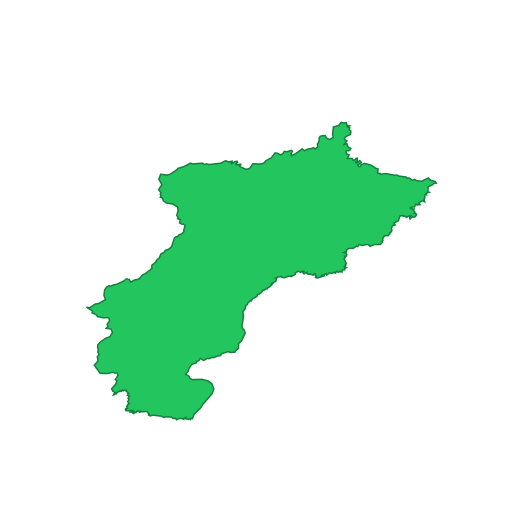 the district of Yacopí, Cundinamarca, Colombia, rotated 63°
{"feature_id": "7082276B73695765304920", "entity_name": "Yacopí", "entity_type": "district", "adm_level": 2, "iso_a3": "COL", "parent_name": "Colombia", "parent_adm1": "Cundinamarca", "projection": "equal_earth", "projection_center": [-74.3, 5.612], "detail": "fine", "context": "isolated", "style": "filled", "palette": "green", "viewbox_px": 512, "rotation_deg": 63, "n_neighbors": 0, "source": "geoboundaries", "source_scale": "gbopen_adm2", "svg_char_len": 6123}
<svg xmlns="http://www.w3.org/2000/svg" viewBox="0 0 512 512"><g transform="rotate(63 256 256)"><path d="M332.1,318.3L331.2,317.5L330.4,313.6L326.1,311.2L325.2,307.7L319.8,300.6L316.8,300.1L314.4,300.9L311.5,300.0L304.3,294.6L299.7,293.0L298.2,289.7L295.4,287.6L295.3,285.6L294.1,284.5L293.5,282.2L293.3,280.8L293.8,280.6L292.6,278.6L292.4,273.6L290.8,271.7L291.3,270.8L290.9,267.3L289.4,265.5L290.3,264.8L289.8,262.0L290.4,260.7L289.5,260.0L289.7,258.1L288.9,254.9L288.2,255.1L288.0,253.7L287.5,254.1L287.5,249.8L285.0,247.4L284.4,248.4L284.4,246.3L285.6,244.0L285.5,243.0L286.7,242.7L288.2,240.7L288.9,235.6L289.7,234.9L289.6,233.8L290.4,233.7L290.1,229.2L289.0,228.5L288.6,225.1L290.9,223.8L290.5,221.6L291.4,220.3L292.2,221.8L293.7,221.4L293.6,218.2L294.4,218.7L295.9,217.8L296.9,215.7L299.0,213.8L298.2,212.7L298.8,211.3L300.1,212.0L301.0,211.1L302.1,212.7L303.5,211.3L304.1,207.9L302.7,205.8L303.2,205.4L304.3,206.6L304.7,204.0L303.4,203.3L303.5,201.5L305.1,201.6L304.4,198.1L306.1,196.1L305.8,194.0L307.4,193.0L306.1,191.2L307.9,190.1L307.8,188.4L308.4,188.2L308.5,187.0L309.3,186.8L307.6,185.4L308.6,183.2L307.2,182.3L307.4,180.9L305.7,182.2L305.4,180.5L304.2,180.4L304.0,179.0L298.5,178.8L298.0,177.3L296.4,177.1L297.2,175.8L296.1,174.5L294.2,174.4L292.7,176.1L293.2,173.4L291.4,172.2L291.4,169.8L293.3,166.1L292.9,162.2L293.8,161.0L292.6,158.9L295.0,156.4L295.7,152.8L296.9,150.8L299.3,149.8L299.5,145.4L302.2,140.1L301.1,137.1L300.1,137.1L299.6,135.7L298.4,135.5L296.6,133.2L296.7,131.2L297.8,129.1L297.1,126.7L296.0,126.3L295.9,124.4L294.8,123.2L292.9,122.8L290.9,120.5L291.5,117.9L289.2,118.1L289.3,113.3L285.7,109.4L286.5,107.0L287.4,106.9L288.0,105.2L290.0,104.3L289.6,102.0L290.3,99.7L291.2,101.6L293.0,101.9L292.0,98.7L293.2,97.5L293.3,96.2L292.0,94.1L290.6,94.3L289.6,95.6L288.9,94.5L286.9,95.1L285.9,93.7L284.2,96.7L283.2,96.7L283.1,95.2L284.2,92.6L282.3,89.9L283.6,89.5L284.8,86.4L282.4,86.8L282.4,83.6L282.6,82.3L284.3,81.1L281.3,80.3L280.9,79.2L278.6,78.2L278.2,77.6L278.9,76.3L277.8,76.5L277.4,75.5L277.8,72.8L276.7,73.7L272.4,71.1L272.8,67.3L272.1,64.1L272.9,62.3L271.0,62.5L267.7,66.0L264.7,67.0L264.6,74.5L261.8,78.7L259.8,79.9L259.4,82.5L256.0,84.0L255.4,86.0L253.7,86.5L249.5,92.6L247.9,93.5L247.0,95.7L241.2,103.4L240.0,107.6L239.0,107.7L237.4,110.1L233.9,107.7L232.0,109.6L227.4,112.1L223.0,116.9L222.4,120.1L223.4,122.7L222.6,124.0L220.9,123.7L221.1,121.2L220.3,119.6L218.1,120.4L218.8,123.1L218.3,124.9L217.4,124.2L217.1,122.4L214.8,121.3L214.5,122.5L215.4,125.2L214.5,126.1L212.7,126.0L210.5,130.2L208.2,127.1L206.0,129.0L203.8,128.5L203.3,127.3L204.3,125.8L204.3,123.9L203.2,122.7L200.5,124.4L197.2,124.1L196.6,126.8L194.7,122.7L192.4,124.1L191.1,123.5L190.4,121.3L190.6,116.6L187.8,114.8L185.9,115.7L184.4,114.3L182.5,115.7L182.6,113.5L180.8,115.7L178.2,115.0L177.2,117.6L175.6,119.2L177.2,123.0L176.2,128.5L182.7,132.8L185.2,133.1L185.8,137.3L183.1,139.6L180.2,139.7L179.1,141.6L178.5,144.6L179.6,146.2L182.4,147.8L184.3,150.6L186.7,151.3L187.4,154.2L187.2,155.1L185.6,155.4L185.3,158.4L184.3,160.7L184.1,164.9L181.5,166.3L182.9,174.7L182.5,178.9L180.7,178.3L179.2,175.9L177.8,176.7L177.2,181.1L175.6,183.3L176.9,185.3L177.1,188.2L174.1,190.3L172.8,192.3L175.4,197.6L175.6,203.8L176.8,207.0L176.0,210.5L172.4,216.9L174.8,221.3L175.0,223.0L174.2,225.5L169.5,229.5L168.2,229.9L167.9,228.2L167.3,227.9L165.6,232.4L164.8,232.2L164.1,229.9L163.0,229.8L162.3,232.3L162.8,235.8L161.3,236.0L161.4,234.8L160.7,234.2L159.8,237.4L157.3,239.9L157.3,245.3L153.2,256.3L151.5,258.1L150.9,260.5L149.0,261.5L145.3,270.4L143.5,272.3L143.6,279.5L142.5,285.6L143.3,287.9L144.2,295.4L143.4,298.6L139.9,303.8L143.4,307.7L149.8,307.5L152.6,312.7L156.5,312.0L157.2,313.1L159.3,313.4L160.2,314.6L162.0,313.0L164.8,313.4L168.0,311.9L172.0,306.4L177.0,303.6L180.4,305.0L183.9,308.2L186.7,307.9L187.2,308.9L189.2,306.9L191.7,309.1L194.0,307.6L194.6,306.2L196.6,305.3L200.3,308.8L201.5,309.0L202.5,312.0L202.2,314.9L203.1,317.5L202.5,318.8L202.9,320.5L209.4,327.0L210.3,331.1L209.7,334.2L210.9,335.8L211.0,339.7L213.9,343.3L214.3,345.7L216.0,348.4L216.9,352.9L219.9,354.6L221.6,363.3L221.2,365.5L223.4,370.5L222.2,375.4L222.4,379.6L219.5,379.5L217.4,382.1L218.2,384.2L218.0,393.1L217.1,395.9L216.9,399.5L215.7,400.5L215.9,403.3L217.5,406.3L222.1,409.4L226.5,409.9L226.9,417.6L225.8,421.2L226.6,427.6L224.6,430.3L230.4,426.9L231.6,427.0L232.2,427.9L235.7,425.1L238.1,424.7L242.0,419.8L243.4,416.3L244.8,415.1L247.4,416.1L249.3,419.7L251.3,419.7L252.4,422.3L255.3,418.3L259.0,418.7L261.6,422.9L261.0,427.2L262.0,433.8L263.3,437.3L265.4,438.6L267.9,439.0L269.5,440.5L272.5,440.7L273.7,443.2L277.8,444.3L279.8,449.7L289.7,448.1L292.8,442.8L294.8,436.0L296.2,435.0L297.1,432.8L299.7,433.1L302.1,437.4L304.1,436.6L306.6,439.3L308.8,445.0L311.5,444.9L313.6,443.6L315.0,446.1L315.3,444.7L314.4,443.2L314.5,442.5L315.1,442.7L314.3,440.9L314.9,438.8L314.3,438.3L315.5,437.4L314.7,435.7L315.8,435.5L316.2,432.9L317.0,432.7L316.6,432.3L317.7,433.1L318.7,432.2L319.8,432.7L320.6,431.7L321.8,433.8L323.4,432.3L323.8,433.3L325.2,434.1L324.9,434.6L326.3,434.5L327.5,436.4L329.9,435.9L330.0,437.8L331.0,438.3L331.1,439.4L333.0,439.8L333.5,439.0L332.9,441.3L333.4,442.0L334.1,441.3L334.7,442.1L336.9,438.7L337.6,439.0L337.0,437.3L337.5,436.2L338.3,437.9L338.9,435.8L339.6,436.1L339.4,437.1L340.8,436.8L340.9,436.1L339.8,435.2L341.0,434.1L340.1,432.7L341.6,429.8L342.4,430.5L342.8,428.0L343.6,427.5L344.3,425.1L345.6,423.4L347.8,423.5L348.6,422.4L348.3,423.6L348.8,424.0L350.4,422.9L351.2,419.8L355.9,412.9L358.0,411.5L358.1,410.0L361.2,404.3L363.1,403.7L364.2,401.4L365.9,401.1L365.8,398.4L367.4,395.6L368.8,394.5L367.7,393.5L368.0,391.9L369.0,392.6L370.8,390.6L370.9,389.0L371.9,388.7L371.3,387.6L372.1,386.7L368.7,382.6L366.4,374.7L364.1,370.9L358.9,357.9L355.4,353.9L349.8,353.3L345.6,355.3L341.3,360.3L337.1,369.0L334.8,370.5L332.7,370.3L329.4,372.4L327.8,368.6L325.9,367.0L323.4,362.6L324.1,358.0L323.2,356.6L323.0,353.8L321.8,352.1L325.3,350.1L325.1,346.0L326.2,344.4L326.4,341.4L327.3,339.9L327.7,335.5L328.7,332.7L327.4,331.2L328.5,324.3L330.5,322.4L332.1,318.3Z" fill="#22c55e" stroke="#15803d" stroke-width="1.5"/></g></svg>